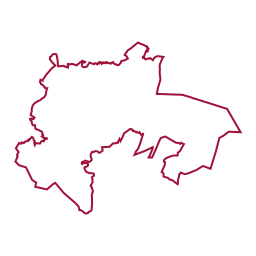 outline of Atenango del Río, Guerrero, Mexico
{"feature_id": "50627088B76307625874886", "entity_name": "Atenango del Río", "entity_type": "district", "adm_level": 2, "iso_a3": "MEX", "parent_name": "Mexico", "parent_adm1": "Guerrero", "projection": "albers", "projection_center": [-99.114, 18.136], "detail": "fine", "context": "isolated", "style": "outline", "palette": "rose", "viewbox_px": 256, "rotation_deg": 0, "n_neighbors": 0, "source": "geoboundaries", "source_scale": "gbopen_adm2", "svg_char_len": 5600}
<svg xmlns="http://www.w3.org/2000/svg" viewBox="0 0 256 256"><path d="M35.3,186.8L46.9,189.4L53.7,183.6L55.3,182.9L63.6,192.8L75.6,203.3L78.5,206.4L79.4,209.9L79.5,210.9L79.7,210.1L80.3,210.0L81.7,210.7L85.4,213.5L87.7,213.2L88.0,212.9L88.7,212.0L90.7,211.1L91.1,210.7L91.6,209.9L91.7,208.6L91.7,207.2L92.1,204.7L92.0,197.6L91.7,195.6L92.2,194.1L92.3,192.7L92.7,192.2L92.6,191.5L92.9,191.0L92.3,189.0L91.7,188.1L91.7,186.9L90.9,186.3L90.7,185.6L90.8,185.2L91.7,184.1L92.1,183.4L92.6,181.4L92.3,179.4L92.4,178.9L91.9,177.2L92.9,176.3L93.9,175.9L94.1,175.0L93.9,174.0L93.3,173.4L89.3,173.1L86.0,171.7L85.4,170.7L84.3,168.0L84.7,167.2L87.2,166.3L87.7,165.9L88.1,164.8L88.0,164.0L87.7,163.5L86.6,163.1L83.7,163.1L82.8,162.9L82.3,163.2L82.2,163.9L81.8,163.7L81.8,162.7L82.1,162.2L84.0,161.4L84.8,160.8L85.4,160.6L89.2,161.9L89.8,161.7L90.9,160.9L91.7,160.0L91.8,159.4L90.6,156.2L90.7,154.6L91.0,153.8L92.2,151.8L92.8,151.8L93.3,152.1L95.6,151.1L96.7,151.2L97.7,151.6L98.7,152.3L98.8,152.7L100.6,152.4L100.9,151.8L102.6,150.7L102.2,147.7L102.0,147.2L109.5,146.8L113.1,143.3L114.0,143.5L115.6,143.3L116.2,142.7L117.0,142.9L117.8,142.9L118.3,141.3L119.5,139.0L120.4,141.2L122.1,138.1L124.2,133.1L127.1,131.2L130.0,129.0L132.2,129.4L132.9,131.0L133.8,130.7L134.3,131.1L134.5,131.5L136.6,131.9L137.0,132.2L136.9,132.4L137.5,132.4L139.1,133.0L139.3,132.7L139.6,132.4L141.2,134.9L142.4,134.8L143.4,133.0L139.7,144.8L137.8,149.3L135.6,151.8L135.7,152.5L134.6,154.8L144.5,151.1L152.7,147.2L152.7,148.4L149.9,155.2L148.7,157.4L152.0,157.6L156.9,146.9L158.4,142.9L160.7,138.0L165.3,136.5L176.3,142.9L179.1,142.9L179.7,143.2L180.0,143.8L181.5,142.8L181.8,143.3L183.9,144.1L179.9,151.2L177.8,152.7L177.7,155.0L177.4,155.5L177.1,155.6L173.1,155.5L167.7,157.4L164.9,159.0L164.1,160.2L163.9,161.5L165.0,162.0L164.7,165.2L162.7,169.5L161.7,172.1L162.5,172.5L163.4,173.3L163.7,174.6L163.3,176.0L164.0,176.8L167.8,177.8L170.0,179.7L171.6,179.9L173.1,180.8L177.7,184.3L177.9,183.9L177.9,180.6L178.9,176.7L179.4,174.0L180.0,173.8L180.2,173.3L180.8,173.1L181.0,172.7L181.3,173.0L181.9,173.0L184.5,174.1L185.1,174.1L188.1,173.4L196.4,170.0L203.0,166.0L210.5,168.8L215.9,151.3L219.3,138.0L223.6,135.6L228.7,131.7L240.6,132.2L227.1,108.9L195.3,98.8L194.7,98.4L193.8,98.5L192.9,98.3L191.8,97.6L182.3,94.8L156.8,93.9L158.0,87.8L160.4,79.7L159.6,71.7L159.9,69.4L159.7,67.2L159.8,64.4L161.7,59.9L163.4,56.9L158.1,56.2L157.1,56.2L154.3,57.7L152.9,60.2L150.1,58.0L149.1,58.7L147.7,58.6L146.3,59.3L145.4,59.3L144.4,58.3L144.4,58.0L143.4,58.0L143.5,57.8L142.8,57.0L143.0,56.8L143.5,56.8L144.0,56.4L144.1,55.8L144.5,55.5L144.9,54.0L145.5,53.0L145.6,52.0L146.1,51.4L146.2,50.8L146.6,50.5L147.4,51.5L147.8,51.3L147.9,50.6L147.3,49.5L147.8,49.3L147.3,48.1L148.1,48.2L146.8,46.2L145.9,46.1L142.7,44.5L140.9,44.0L138.0,42.5L130.9,48.3L130.6,48.7L129.3,49.3L127.7,50.5L127.1,51.3L126.9,51.9L126.5,52.1L125.3,53.8L124.7,55.0L126.0,55.6L127.3,57.5L127.8,58.6L125.0,60.1L123.3,60.7L122.6,60.7L121.8,61.1L121.3,61.0L120.6,63.0L118.8,65.0L116.9,65.0L116.1,64.3L114.7,64.3L114.6,64.2L114.3,63.6L113.4,62.9L112.9,62.9L112.9,62.2L112.3,62.5L111.9,62.5L111.5,62.8L111.2,63.4L110.7,63.7L110.2,63.6L109.9,63.1L108.9,63.2L108.4,63.0L107.7,62.9L107.3,62.3L107.1,62.2L106.5,62.4L106.5,63.0L105.6,62.7L105.0,63.2L104.9,63.1L105.0,62.5L104.5,62.7L104.0,62.5L103.8,62.7L103.8,63.0L103.4,63.0L103.2,62.4L102.9,62.4L102.7,62.8L102.8,63.2L102.2,63.3L101.7,63.8L101.6,63.6L101.7,62.9L101.5,62.6L100.6,62.2L100.4,62.6L100.0,62.6L99.5,62.1L99.3,62.2L99.6,63.1L99.4,63.4L98.6,63.3L98.0,63.8L98.0,63.4L97.7,63.2L97.5,63.4L97.5,64.0L97.2,64.2L96.6,64.0L95.9,63.4L94.9,63.2L94.6,63.3L93.9,64.2L89.4,62.6L87.0,66.4L86.1,66.9L83.5,67.2L82.7,66.9L82.0,65.9L81.9,65.0L82.1,63.6L82.4,63.1L83.4,62.6L85.0,62.3L85.2,61.9L82.2,60.8L81.8,61.2L82.0,61.7L81.8,62.1L81.3,62.2L80.3,62.1L79.4,63.2L77.6,64.3L76.7,65.4L75.1,64.7L74.0,64.7L72.9,63.9L72.1,64.1L71.2,63.9L69.9,64.5L68.2,63.8L67.8,63.9L67.6,64.7L68.0,66.4L68.0,67.5L64.9,66.6L63.9,65.8L58.4,66.4L57.8,63.5L57.5,59.5L56.4,54.4L54.7,54.0L53.4,54.0L52.7,54.4L51.2,56.4L50.1,56.8L49.8,59.2L52.7,62.9L55.4,65.6L54.3,66.2L51.4,68.8L46.4,74.5L42.7,80.0L42.6,80.7L40.5,79.7L39.9,82.2L40.9,83.2L41.0,84.1L43.2,85.3L43.8,86.1L43.8,86.5L44.1,86.8L44.6,87.0L45.3,87.6L45.1,87.9L46.0,88.2L47.2,88.2L46.4,90.6L45.8,94.4L44.6,96.8L43.8,97.5L42.5,98.2L39.9,100.4L38.2,101.0L35.8,102.5L34.8,103.0L33.3,104.7L32.4,106.3L32.4,107.1L32.0,107.8L31.8,108.7L31.7,110.9L31.8,111.3L30.6,114.9L34.5,117.6L33.3,119.1L30.9,118.6L30.4,118.6L30.0,118.8L30.3,120.0L30.9,120.3L31.3,120.9L31.6,121.0L31.7,122.8L32.0,123.2L32.5,124.9L33.1,125.3L34.9,125.1L35.5,128.9L38.4,129.9L42.0,131.8L42.4,133.2L42.3,134.0L42.7,134.3L42.5,134.6L42.7,134.8L42.7,135.6L42.4,135.9L42.7,135.9L42.5,136.2L42.5,136.8L43.0,136.8L43.4,137.3L43.5,137.9L43.9,137.8L44.0,138.1L44.6,138.2L44.7,138.4L46.0,138.0L46.8,138.3L46.9,138.7L45.1,139.2L44.8,139.7L44.0,140.3L44.0,141.0L43.6,141.4L42.6,140.9L42.1,141.1L42.3,141.6L42.0,141.3L41.5,141.3L40.8,142.0L40.6,142.6L40.1,143.5L39.3,143.6L36.9,143.2L35.3,143.6L35.1,144.6L34.8,145.1L34.4,143.6L34.5,143.3L34.2,142.7L34.8,142.1L34.5,141.3L34.6,140.8L34.1,140.5L33.6,140.0L33.5,139.5L33.4,138.5L32.9,137.6L31.8,136.9L31.1,137.8L29.9,138.8L30.0,139.3L29.1,139.7L28.6,139.6L28.7,140.6L28.2,140.8L27.3,140.8L26.4,141.5L25.4,141.5L24.7,141.9L23.9,143.1L23.4,143.2L22.2,142.3L21.6,142.5L21.3,143.4L21.0,143.7L19.9,143.6L19.1,143.0L15.9,148.3L18.6,152.1L17.4,154.3L17.1,154.5L17.5,156.4L17.3,156.4L16.8,158.3L15.4,161.6L19.0,165.2L26.0,167.4L32.0,179.7L34.2,181.4L36.2,182.5L35.3,186.8Z" fill="none" stroke="#9f1239" stroke-width="2"/></svg>